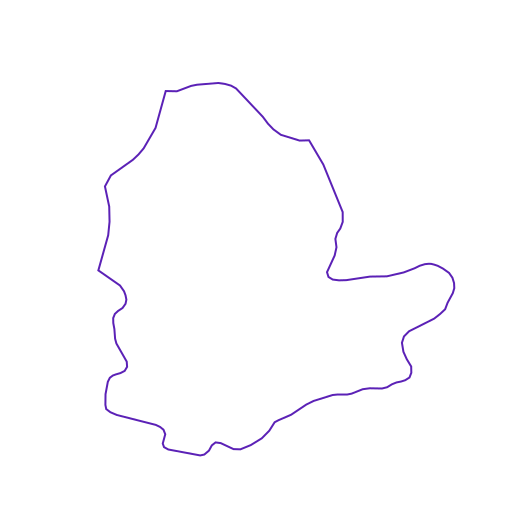 Yamanashi, Robinson projection, rotated 255°
{"feature_id": "JPN-1861", "entity_name": "Yamanashi", "entity_type": "Prefecture", "adm_level": 1, "iso_a3": "JPN", "parent_name": "Japan", "parent_adm1": "", "projection": "robinson", "projection_center": [138.508, 35.557], "detail": "fine", "context": "isolated", "style": "outline", "palette": "violet", "viewbox_px": 512, "rotation_deg": 255, "n_neighbors": 0, "source": "natural_earth", "source_scale": "10m", "svg_char_len": 1647}
<svg xmlns="http://www.w3.org/2000/svg" viewBox="0 0 512 512"><g transform="rotate(255 256 256)"><path d="M146.9,71.7L151.2,72.0L161.5,74.9L172.8,80.3L176.2,83.3L177.6,86.8L177.9,90.0L178.0,94.8L179.0,99.4L182.3,102.8L187.4,103.8L207.6,98.5L212.6,98.5L222.1,100.3L228.2,100.8L233.0,102.0L236.6,104.7L238.6,108.5L240.3,113.6L243.6,117.6L247.4,119.5L251.8,119.8L256.1,119.4L262.7,117.0L282.9,100.0L314.3,118.6L327.0,123.4L341.7,127.0L362.3,128.1L371.4,136.7L380.8,162.0L384.5,168.8L389.1,175.4L405.7,192.1L438.7,211.5L435.6,222.2L437.1,237.4L436.7,243.4L432.9,264.3L430.2,270.6L427.0,276.0L423.0,280.1L388.7,298.6L380.7,301.8L373.8,305.6L366.6,311.4L356.2,328.0L354.0,337.2L326.9,344.7L276.0,351.1L266.5,348.6L260.7,344.5L257.3,340.4L252.0,337.1L243.6,336.0L236.1,332.1L222.0,320.4L217.0,320.6L213.4,324.0L211.0,329.9L209.3,337.0L206.6,360.8L202.5,377.1L201.9,394.4L203.1,406.1L204.2,411.6L204.4,417.0L203.8,420.7L203.1,423.1L201.6,425.8L199.5,429.0L195.5,433.3L189.7,438.1L184.2,440.1L178.6,440.3L173.6,439.2L169.2,436.5L161.3,429.0L155.6,424.9L152.3,418.7L149.4,411.9L143.7,384.4L140.0,378.1L134.4,374.5L125.3,373.6L117.4,374.9L109.1,377.3L103.0,375.8L98.9,372.8L97.4,368.0L97.2,363.6L97.5,359.0L96.9,354.1L95.3,348.7L95.4,343.4L98.8,331.6L99.7,324.6L98.3,312.7L98.6,308.1L101.1,298.9L101.9,294.0L101.1,274.2L99.5,266.2L93.6,248.9L91.6,235.4L90.6,231.0L83.8,223.6L78.4,214.4L74.7,202.0L73.3,190.9L75.3,184.3L84.4,173.5L86.4,168.7L84.5,164.3L80.2,160.2L77.6,154.7L77.8,150.5L91.8,121.2L95.2,117.7L99.0,117.4L107.3,122.2L112.1,121.7L115.7,119.1L118.8,115.5L138.4,80.5L142.8,74.9L146.9,71.7Z" fill="none" stroke="#5b21b6" stroke-width="2"/></g></svg>